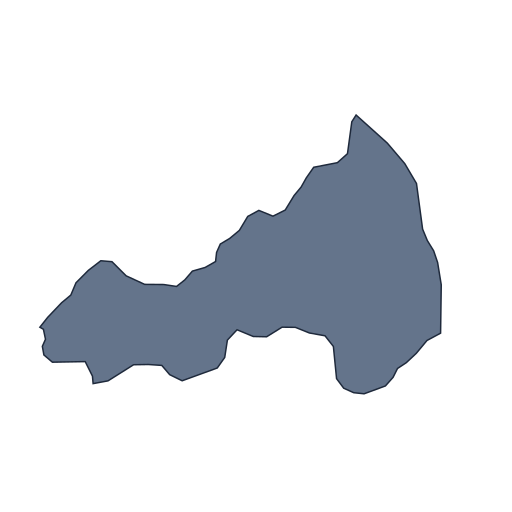 Taoyuan, Natural Earth projection, rotated 102°
{"feature_id": "TWN-1168", "entity_name": "Taoyuan", "entity_type": "County", "adm_level": 1, "iso_a3": "TWN", "parent_name": "Taiwan", "parent_adm1": "", "projection": "natural_earth1", "projection_center": [121.286, 24.86], "detail": "fine", "context": "isolated", "style": "filled", "palette": "slate", "viewbox_px": 512, "rotation_deg": 102, "n_neighbors": 0, "source": "natural_earth", "source_scale": "10m", "svg_char_len": 1082}
<svg xmlns="http://www.w3.org/2000/svg" viewBox="0 0 512 512"><g transform="rotate(102 256 256)"><path d="M97.3,187.4L118.3,151.0L134.7,129.7L151.7,114.1L195.1,98.6L205.3,91.6L214.0,83.3L224.6,77.0L245.7,68.8L293.1,59.4L303.1,71.2L317.9,79.0L329.1,86.8L336.6,94.2L346.2,96.7L356.2,102.4L368.3,121.6L369.4,132.0L367.1,142.7L359.2,151.7L328.4,161.5L319.7,171.9L320.2,187.8L317.6,202.6L320.2,215.7L332.8,228.8L335.3,241.9L332.1,259.2L344.2,266.5L361.7,265.5L373.6,270.6L393.4,302.3L390.0,315.8L382.6,325.4L384.5,338.7L387.8,353.1L408.9,374.8L414.7,388.8L407.5,391.0L394.8,401.1L402.2,433.1L396.9,442.9L388.8,446.2L381.2,444.6L371.9,448.7L370.6,452.6L359.3,447.0L342.1,436.4L332.7,429.0L319.6,426.5L304.9,417.0L292.9,406.8L291.5,395.7L302.4,378.9L306.9,359.0L303.1,340.4L302.3,327.4L294.2,320.7L284.0,315.1L277.8,303.4L269.8,294.4L260.7,295.3L251.7,293.4L244.3,285.4L234.4,277.6L219.0,272.3L210.8,262.7L213.5,247.7L205.0,237.0L188.9,231.3L179.2,226.2L169.0,223.0L157.2,218.0L147.8,195.8L136.9,187.8L104.8,190.2L97.3,187.4Z" fill="#64748b" stroke="#1e293b" stroke-width="1.5"/></g></svg>